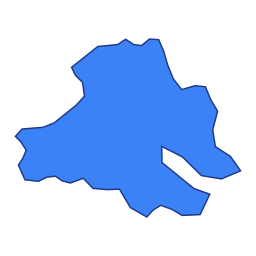 outline of Străşeni
{"feature_id": "MDA-1647", "entity_name": "Străşeni", "entity_type": "District", "adm_level": 1, "iso_a3": "MDA", "parent_name": "Moldova", "parent_adm1": "", "projection": "natural_earth1", "projection_center": [28.587, 47.172], "detail": "fine", "context": "isolated", "style": "filled", "palette": "blue", "viewbox_px": 256, "rotation_deg": 0, "n_neighbors": 0, "source": "natural_earth", "source_scale": "10m", "svg_char_len": 776}
<svg xmlns="http://www.w3.org/2000/svg" viewBox="0 0 256 256"><path d="M217.6,111.2L212.7,129.9L215.4,146.7L230.4,156.4L240.6,170.8L221.4,178.9L201.4,175.6L182.5,157.0L161.7,146.4L162.0,162.6L193.9,188.5L209.8,194.2L200.1,214.6L182.1,215.4L171.6,209.2L160.6,205.3L153.0,210.2L146.8,217.0L130.4,207.6L119.5,189.2L107.0,189.6L93.0,188.4L83.3,178.3L70.3,183.0L62.3,180.9L55.4,176.2L46.7,177.2L38.4,181.3L25.0,179.8L18.4,165.1L22.9,158.2L26.2,150.2L20.9,141.9L15.4,136.4L22.1,129.0L43.2,127.3L54.3,122.8L76.3,105.1L84.5,96.1L82.5,82.3L75.5,75.4L71.6,67.3L97.8,46.5L117.5,44.6L125.7,39.3L133.5,44.5L141.5,45.6L149.5,39.0L158.7,39.7L163.8,51.5L167.6,64.8L173.2,78.7L181.6,89.6L195.2,85.7L205.4,86.8L210.8,99.8L217.6,111.2Z" fill="#3b82f6" stroke="#1e3a8a" stroke-width="1.5"/></svg>